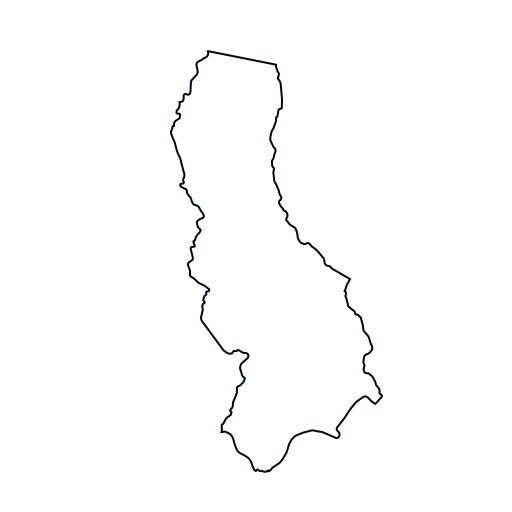 an SVG outline of La Paz, rotated 343°
{"feature_id": "BOL-1936", "entity_name": "La Paz", "entity_type": "Department", "adm_level": 1, "iso_a3": "BOL", "parent_name": "Bolivia", "parent_adm1": "", "projection": "natural_earth1", "projection_center": [-68.162, -14.972], "detail": "fine", "context": "isolated", "style": "outline", "palette": "ink", "viewbox_px": 512, "rotation_deg": 343, "n_neighbors": 0, "source": "natural_earth", "source_scale": "10m", "svg_char_len": 6094}
<svg xmlns="http://www.w3.org/2000/svg" viewBox="0 0 512 512"><g transform="rotate(343 256 256)"><path d="M193.4,461.5L192.7,461.4L191.8,459.7L191.3,457.2L191.2,452.2L190.8,449.8L189.4,446.6L187.3,444.0L182.6,439.3L181.4,437.1L180.8,434.7L180.6,429.3L180.7,424.3L180.5,421.9L179.8,419.9L179.0,418.6L177.8,417.3L175.5,415.2L174.6,414.8L171.5,414.3L172.5,412.6L173.4,408.8L174.0,407.3L175.6,406.9L178.7,403.7L180.5,402.3L182.1,401.6L183.8,401.2L185.3,400.6L186.6,398.9L186.9,397.8L186.6,397.4L186.1,397.2L186.0,396.8L186.1,396.1L186.5,395.7L189.0,394.0L189.7,393.1L191.2,389.3L197.1,382.2L197.9,380.7L199.0,377.0L199.5,376.0L200.5,375.4L202.6,375.2L203.6,374.9L207.0,372.9L208.0,372.0L209.7,369.6L208.1,367.1L207.8,366.0L207.9,363.8L207.9,359.8L208.0,358.4L208.5,357.3L210.0,355.1L212.0,354.0L218.5,351.0L219.8,348.7L219.2,346.8L217.9,345.8L214.8,344.4L212.5,341.5L211.2,340.6L209.5,341.2L207.6,340.5L207.0,340.4L206.4,340.7L205.2,341.7L204.6,342.0L203.1,342.0L201.7,341.5L200.4,340.6L199.4,339.5L197.3,336.6L185.4,302.7L185.0,300.6L185.5,298.6L189.3,292.1L189.6,290.8L189.7,289.4L190.0,288.0L190.8,286.8L191.4,286.4L193.0,285.8L193.4,285.5L193.4,284.9L192.7,282.9L193.1,281.8L194.0,280.4L195.1,279.2L197.1,278.5L197.9,275.8L199.0,275.7L200.4,275.8L201.3,275.0L201.4,273.8L200.0,272.2L198.6,269.9L197.6,268.8L194.2,265.9L193.2,264.8L189.8,258.9L187.6,256.6L187.2,255.4L187.5,254.1L188.4,251.5L188.6,251.0L188.3,245.4L188.4,244.2L188.9,243.3L190.2,242.4L193.5,241.4L194.4,240.8L195.2,238.8L195.6,230.0L196.3,228.7L197.5,228.6L198.8,228.9L200.1,228.9L200.4,228.2L200.2,225.0L200.4,223.8L200.8,223.5L201.8,223.2L202.2,223.0L204.5,219.9L205.6,219.0L209.4,216.6L210.6,215.3L210.3,214.0L209.5,212.6L209.0,211.4L209.0,208.7L209.1,207.4L209.4,206.2L210.9,205.0L212.8,204.5L216.8,203.9L217.9,202.5L217.6,200.1L216.2,195.5L215.8,193.2L215.5,192.1L214.9,191.1L211.7,188.8L211.0,187.5L210.6,185.3L210.6,182.8L210.4,180.5L209.4,178.8L208.6,176.2L208.5,175.2L208.7,174.1L209.0,173.3L209.0,172.6L208.4,171.5L205.2,168.6L204.0,166.6L204.8,165.1L205.6,165.0L207.4,165.4L208.0,165.2L208.5,164.5L208.6,163.7L208.4,162.8L208.6,161.9L209.0,161.1L210.3,159.6L210.8,158.7L211.3,157.1L211.6,155.4L211.4,153.8L212.1,140.5L211.3,135.1L211.1,132.3L211.5,124.2L210.7,116.5L210.7,113.6L211.0,112.1L212.8,110.4L213.5,108.8L214.2,107.5L215.5,107.7L216.2,105.8L217.1,104.3L218.3,103.4L223.1,101.9L223.6,101.3L224.9,98.3L224.3,97.5L222.4,96.9L221.9,96.3L222.0,95.1L222.5,94.2L223.3,93.4L225.1,92.3L225.9,91.4L226.6,90.4L227.1,89.4L227.4,88.0L227.7,87.4L228.3,87.1L228.0,86.5L228.7,86.6L230.6,86.7L231.2,86.6L231.5,86.3L232.2,85.4L232.5,85.2L233.7,81.5L234.3,80.6L235.7,80.3L236.7,80.8L237.6,81.6L238.5,82.0L239.7,81.8L240.5,81.2L241.6,79.2L244.3,71.4L245.5,69.3L252.5,65.2L254.0,63.3L254.4,61.0L254.9,56.0L255.8,54.1L257.6,53.2L262.0,52.5L263.6,51.6L264.8,51.7L266.2,51.3L267.6,50.7L268.6,49.9L269.5,48.4L270.0,46.6L269.9,46.3L271.0,46.6L331.1,78.9L330.7,80.1L330.5,81.5L330.6,85.6L330.7,86.5L331.2,87.6L331.1,88.7L330.4,90.1L328.8,92.5L329.7,95.4L330.0,96.9L329.9,98.6L326.6,114.3L323.8,122.2L323.0,122.5L322.0,122.3L320.8,122.6L319.8,123.6L317.5,128.4L317.1,128.9L316.0,129.5L315.5,129.9L315.3,130.6L315.0,131.9L314.8,132.6L310.0,139.0L308.0,140.8L307.1,141.9L304.6,146.3L303.7,148.6L303.7,151.0L304.7,157.2L305.7,159.0L305.7,160.3L305.2,161.5L302.8,165.0L301.6,167.2L300.9,168.1L300.0,168.8L299.2,169.6L298.7,171.0L298.0,173.8L297.9,175.1L298.7,176.9L298.6,178.3L297.0,181.2L295.5,189.3L295.5,190.4L296.2,193.5L296.9,199.6L296.7,203.7L297.2,205.9L297.3,207.1L297.1,208.2L296.3,209.2L294.5,210.1L293.8,210.8L293.6,212.0L293.7,213.3L294.0,214.7L294.8,217.2L295.5,218.0L295.6,218.4L295.6,219.7L295.9,220.4L297.2,221.8L297.9,223.1L298.2,224.4L298.2,225.8L297.7,227.1L297.3,227.7L296.3,228.6L295.9,229.1L295.6,229.8L295.4,230.4L295.7,230.9L297.3,235.2L298.4,237.0L301.2,239.9L301.7,241.0L302.0,242.5L302.1,245.3L301.8,247.9L301.5,249.2L301.3,250.7L301.4,251.8L301.6,253.2L302.3,255.6L303.2,256.9L304.0,257.5L304.9,258.2L305.4,258.6L306.1,258.8L306.8,258.9L308.2,258.7L308.9,258.7L309.6,258.8L310.3,259.4L310.9,260.3L312.0,262.8L312.5,263.8L313.2,264.6L314.6,266.4L316.2,269.1L319.9,277.6L320.1,278.6L320.1,279.4L319.7,282.3L319.6,283.0L319.7,283.7L319.9,284.4L320.4,285.2L321.0,285.9L321.8,286.4L323.0,287.0L323.4,287.3L323.9,287.9L325.1,290.4L336.7,302.9L339.2,305.6L334.3,310.3L332.2,313.4L330.4,315.6L330.5,315.8L331.0,316.2L331.2,316.4L331.3,316.9L331.2,317.9L330.9,318.7L330.4,319.3L330.0,320.2L329.8,321.0L329.8,321.8L330.0,323.4L330.0,325.1L329.5,330.1L329.5,330.8L329.7,331.3L330.8,332.9L331.7,334.6L333.4,336.7L334.0,337.9L334.1,339.4L334.0,340.5L334.1,340.9L335.9,341.7L336.1,341.9L336.6,342.8L337.8,344.6L338.2,345.6L337.9,354.1L337.1,357.5L337.2,359.2L337.9,361.1L339.6,364.6L340.1,366.5L340.1,372.6L340.5,375.8L340.5,376.9L340.4,378.0L339.6,379.4L338.2,380.6L336.7,381.5L335.3,382.1L331.8,382.6L330.4,383.3L329.3,385.2L328.2,387.6L327.7,388.8L327.6,390.2L327.8,391.5L327.7,392.1L327.5,392.9L326.5,394.4L326.2,395.0L325.7,396.4L325.6,397.8L325.8,399.1L326.7,400.0L329.4,401.2L330.0,402.3L330.9,403.4L331.7,404.7L332.1,405.5L332.4,406.6L333.3,411.5L333.1,413.7L333.1,414.6L333.8,416.2L334.2,416.8L335.1,420.4L334.0,423.0L334.2,423.7L334.6,424.5L335.1,425.1L335.4,425.7L335.6,426.6L335.2,427.2L334.5,427.8L327.0,432.3L325.6,430.9L324.1,428.8L323.1,427.2L322.3,425.3L321.5,424.0L321.1,423.4L320.2,422.6L319.4,422.2L318.7,422.1L317.6,422.1L310.1,424.5L308.8,425.1L302.0,429.6L294.9,435.4L293.5,436.6L283.9,443.4L282.8,444.3L282.6,444.7L282.5,445.2L282.6,446.1L282.9,447.2L283.4,448.2L283.8,449.1L283.9,449.9L283.8,450.3L283.5,451.5L283.2,452.2L282.8,452.7L281.5,453.6L280.7,453.8L280.0,453.7L279.4,453.5L268.0,443.8L266.7,443.1L264.8,442.3L260.1,439.7L258.4,439.1L249.3,438.7L242.4,439.3L240.4,439.8L236.8,441.7L236.2,442.2L233.0,445.2L227.9,452.6L225.8,454.7L220.9,459.0L217.9,460.8L210.3,463.1L206.1,465.5L205.5,465.7L204.9,464.7L204.2,464.7L203.3,465.1L202.1,465.2L201.1,464.8L200.2,464.3L198.4,463.1L196.6,462.6L196.2,462.1L195.0,460.6L194.1,460.8L193.4,461.5Z" fill="none" stroke="#020617" stroke-width="2"/></g></svg>